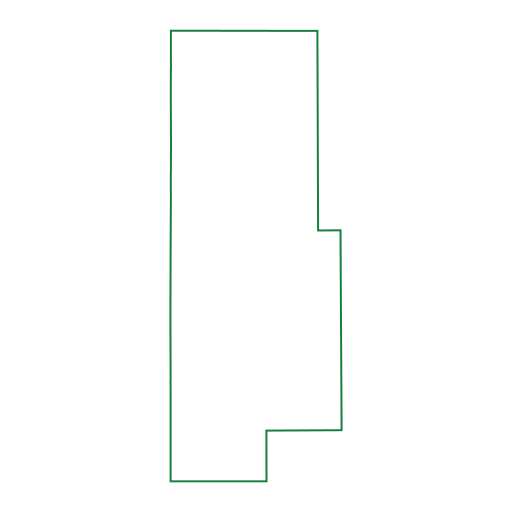 outline of Golden Valley, North Dakota, United States of America
{"feature_id": "52423323B64465165831461", "entity_name": "Golden Valley", "entity_type": "district", "adm_level": 2, "iso_a3": "USA", "parent_name": "United States of America", "parent_adm1": "North Dakota", "projection": "orthographic", "projection_center": [-103.986, 46.935], "detail": "fine", "context": "isolated", "style": "outline", "palette": "green", "viewbox_px": 512, "rotation_deg": 0, "n_neighbors": 0, "source": "geoboundaries", "source_scale": "gbopen_adm2", "svg_char_len": 526}
<svg xmlns="http://www.w3.org/2000/svg" viewBox="0 0 512 512"><path d="M170.6,481.3L266.5,481.3L266.4,430.6L341.6,430.2L340.5,230.3L318.1,230.5L317.4,30.9L170.9,30.7L170.9,61.1L170.9,62.8L171.0,64.2L171.0,66.8L170.9,67.4L170.9,68.5L170.8,96.1L171.0,146.4L170.9,166.2L170.9,172.8L170.8,174.3L170.8,182.7L170.8,186.4L170.8,188.6L170.9,195.9L170.9,197.7L170.6,252.7L170.6,256.9L170.4,315.8L170.6,375.9L170.6,377.8L170.6,378.3L170.5,382.5L170.6,385.5L170.6,423.8L170.6,481.3Z" fill="none" stroke="#15803d" stroke-width="2"/></svg>